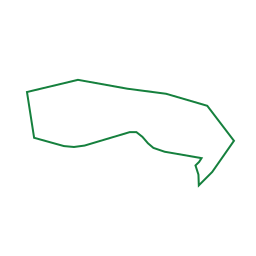 outline of Al Daayen, rotated 102°
{"feature_id": "QAT-5487", "entity_name": "Al Daayen", "entity_type": "Municipality", "adm_level": 1, "iso_a3": "QAT", "parent_name": "Qatar", "parent_adm1": "", "projection": "robinson", "projection_center": [51.482, 25.509], "detail": "fine", "context": "isolated", "style": "outline", "palette": "green", "viewbox_px": 256, "rotation_deg": 102, "n_neighbors": 0, "source": "natural_earth", "source_scale": "10m", "svg_char_len": 437}
<svg xmlns="http://www.w3.org/2000/svg" viewBox="0 0 256 256"><g transform="rotate(102 128 128)"><path d="M169.4,46.8L159.0,49.4L150.6,54.2L146.4,51.4L142.2,49.8L143.6,87.2L142.3,98.0L142.2,99.0L138.8,105.3L133.7,112.0L130.3,118.9L131.7,125.5L154.2,166.8L157.8,176.9L159.0,186.9L157.1,217.8L113.8,234.3L91.3,187.0L89.7,136.8L86.6,97.9L89.8,55.1L118.5,21.7L153.5,36.5L169.4,46.8Z" fill="none" stroke="#15803d" stroke-width="2"/></g></svg>